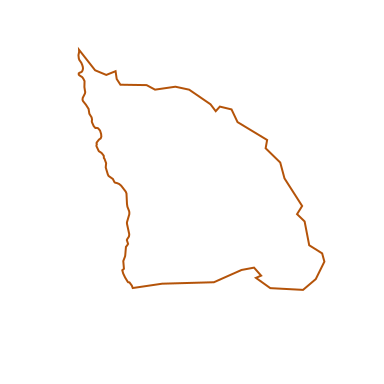 outline of Elbert, Georgia, United States of America, rotated 195°
{"feature_id": "52423323B69267634512958", "entity_name": "Elbert", "entity_type": "district", "adm_level": 2, "iso_a3": "USA", "parent_name": "United States of America", "parent_adm1": "Georgia", "projection": "robinson", "projection_center": [-82.718, 34.122], "detail": "fine", "context": "isolated", "style": "outline", "palette": "amber", "viewbox_px": 384, "rotation_deg": 195, "n_neighbors": 0, "source": "geoboundaries", "source_scale": "gbopen_adm2", "svg_char_len": 1718}
<svg xmlns="http://www.w3.org/2000/svg" viewBox="0 0 384 384"><g transform="rotate(195 192 192)"><path d="M224.4,83.9L197.1,95.7L147.5,110.5L124.0,129.5L112.5,135.0L103.6,129.1L108.0,125.6L91.5,119.4L59.4,126.2L49.9,139.9L46.1,159.0L50.4,166.4L65.0,170.9L75.6,192.7L84.8,197.8L82.0,207.0L106.2,229.1L114.4,243.3L132.2,253.3L132.9,261.7L166.1,271.3L175.2,282.0L187.2,281.7L190.0,276.2L196.8,281.5L221.2,290.1L235.3,289.4L254.2,281.3L263.5,283.5L288.9,277.1L294.0,281.7L297.1,288.9L305.1,282.9L317.1,284.5L337.9,300.1L337.3,298.2L337.1,294.8L335.9,291.7L335.0,290.4L332.4,288.2L330.9,286.3L329.8,284.5L329.2,282.8L329.2,281.0L329.5,279.8L330.5,278.7L331.5,278.1L332.1,277.3L332.0,276.6L331.6,275.9L330.8,275.5L327.7,274.5L326.2,273.2L324.5,271.3L323.1,265.5L321.7,262.3L321.0,260.9L320.9,259.4L321.9,254.6L321.6,252.7L320.8,251.6L317.0,248.8L313.4,245.5L311.4,241.0L308.3,238.1L307.3,236.1L307.1,234.4L306.6,233.4L304.0,230.2L301.9,228.8L300.4,229.3L299.1,229.2L296.7,227.5L294.8,224.5L293.9,222.0L294.1,220.1L295.4,218.6L296.8,215.3L296.9,214.5L296.6,214.0L296.3,213.6L296.4,212.4L296.1,211.5L293.1,207.9L292.5,207.3L290.3,206.6L289.3,206.2L286.9,204.4L286.6,204.1L285.9,202.0L285.1,201.4L282.4,197.6L281.7,193.4L277.8,187.1L276.7,185.9L271.8,184.1L269.6,181.6L268.7,181.1L266.8,181.2L264.5,180.9L262.1,179.8L256.1,175.2L254.9,173.6L251.7,163.6L250.6,161.1L247.7,157.1L247.1,155.6L246.8,154.1L247.0,145.9L246.6,144.5L241.7,135.0L241.5,133.8L241.4,132.6L242.4,129.6L242.5,128.7L240.3,125.3L240.8,123.7L241.6,121.9L240.1,113.6L240.0,112.4L240.5,107.5L237.9,100.3L238.0,99.9L239.1,98.4L237.4,95.5L234.5,92.1L230.8,88.6L230.3,88.3L229.0,88.5L225.9,86.0L224.4,83.9Z" fill="none" stroke="#b45309" stroke-width="2"/></g></svg>